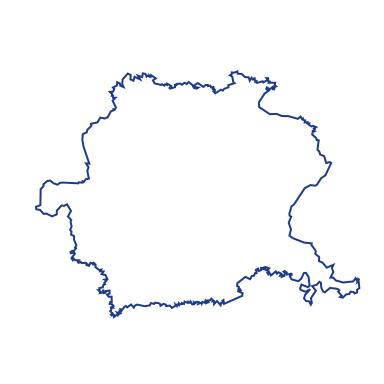 outline of Ban Dung, Udon Thani, Thailand, rotated 84°
{"feature_id": "78962969B17101559907344", "entity_name": "Ban Dung", "entity_type": "district", "adm_level": 2, "iso_a3": "THA", "parent_name": "Thailand", "parent_adm1": "Udon Thani", "projection": "albers", "projection_center": [103.231, 17.709], "detail": "fine", "context": "isolated", "style": "outline", "palette": "blue", "viewbox_px": 384, "rotation_deg": 84, "n_neighbors": 0, "source": "geoboundaries", "source_scale": "gbopen_adm2", "svg_char_len": 5927}
<svg xmlns="http://www.w3.org/2000/svg" viewBox="0 0 384 384"><g transform="rotate(84 192 192)"><path d="M305.1,35.6L298.3,35.6L298.9,36.7L296.3,35.2L295.7,36.3L297.4,37.3L294.8,38.3L297.8,41.1L297.8,51.1L294.9,58.4L292.0,60.3L291.6,63.2L286.3,59.8L282.4,60.8L279.2,59.0L281.3,65.8L275.9,69.6L274.1,72.9L269.9,72.3L266.5,75.8L263.4,75.1L257.2,78.7L255.6,78.3L254.0,85.9L248.4,96.6L245.6,99.7L239.7,97.5L232.6,99.0L226.8,95.9L225.8,97.4L223.6,97.4L216.6,94.5L215.1,91.9L200.0,79.5L197.5,73.5L198.6,68.9L197.7,66.8L191.9,62.3L189.3,57.6L177.7,50.5L176.6,52.0L177.2,55.5L170.2,56.8L168.1,60.6L164.9,61.2L163.2,62.8L153.8,60.6L153.5,62.6L151.7,62.6L147.4,66.5L145.1,65.8L144.4,63.7L143.5,65.0L142.4,63.3L141.5,64.1L140.5,61.8L138.8,64.8L139.3,66.3L137.1,69.0L136.0,68.2L135.7,70.3L134.6,69.9L134.6,72.7L132.6,72.0L131.8,74.1L130.5,74.1L130.9,75.0L128.4,76.2L130.3,79.1L126.6,88.3L125.8,94.9L123.2,99.4L122.7,106.5L114.6,116.3L109.7,116.0L101.7,109.5L99.3,105.2L97.3,107.4L95.8,106.5L97.9,104.0L96.0,100.8L98.2,101.0L98.5,99.5L96.1,98.8L95.7,97.3L94.4,98.6L92.0,97.9L91.4,104.2L90.2,103.3L89.8,104.6L86.8,104.4L86.5,106.0L88.4,105.1L90.5,109.6L89.3,110.1L90.3,115.9L89.1,117.6L88.3,116.3L86.6,118.5L84.8,117.3L86.4,119.7L84.6,120.9L87.4,122.9L83.8,123.7L83.3,127.2L79.8,130.2L79.1,134.2L76.8,134.3L77.8,137.7L77.2,139.9L79.0,140.2L79.9,142.1L81.4,139.9L86.7,139.5L88.2,138.3L89.5,144.6L91.7,144.8L92.7,149.2L94.4,150.7L93.3,152.5L96.3,158.6L94.3,160.0L94.2,158.8L92.7,158.6L91.9,160.7L90.8,160.6L91.1,159.5L89.8,159.7L89.9,162.1L88.2,162.6L88.3,165.0L87.2,165.1L87.0,167.3L88.7,169.6L84.3,174.8L86.1,178.4L87.8,178.2L88.9,174.9L89.7,176.7L88.6,179.3L85.6,180.4L82.3,183.7L84.0,186.0L82.6,188.0L84.2,190.9L83.0,192.3L82.9,196.1L84.0,196.4L83.8,197.7L86.0,198.0L86.9,203.0L86.2,203.5L84.4,201.6L81.7,205.4L82.9,205.6L82.1,207.5L83.3,208.5L81.7,210.5L82.3,211.5L80.1,217.8L76.9,219.2L75.2,216.1L71.6,220.5L72.9,221.0L71.4,222.4L72.7,222.5L71.6,224.5L72.4,225.2L69.7,225.9L68.9,228.5L72.5,229.5L70.6,233.6L74.6,231.9L71.4,237.0L75.2,238.6L73.5,241.4L69.2,240.8L67.5,243.5L72.7,249.2L77.4,250.1L80.5,249.1L78.8,252.2L76.4,252.4L75.0,255.0L78.3,255.7L79.8,259.7L81.5,258.5L84.0,260.1L83.9,263.2L86.2,261.2L87.9,261.7L87.9,260.4L90.0,260.7L90.3,258.3L92.9,261.4L100.0,258.8L102.0,260.2L101.5,261.3L102.4,261.2L103.4,264.3L109.0,268.2L109.8,271.2L108.4,275.4L112.9,278.8L113.6,285.3L115.8,285.2L119.0,289.4L121.7,290.5L123.0,294.5L128.4,295.6L135.7,295.1L153.1,291.2L152.5,294.4L156.6,292.3L159.9,293.9L168.0,293.2L168.2,296.3L170.7,298.6L169.9,299.7L171.2,300.0L170.6,303.7L171.5,304.2L169.1,319.5L169.1,322.4L170.7,325.0L168.8,328.9L165.9,331.7L165.9,334.7L168.8,338.9L170.6,339.0L173.4,342.2L189.3,344.2L190.4,348.8L192.9,348.6L194.0,344.9L198.2,341.9L198.2,339.2L201.6,333.6L200.1,328.8L196.4,328.4L191.8,323.1L192.4,320.8L191.2,317.6L198.1,314.3L203.4,317.9L207.3,315.0L208.9,315.9L213.6,315.3L216.8,317.1L218.9,316.0L221.7,316.7L223.5,313.9L227.2,314.3L232.9,312.6L235.1,314.1L235.8,313.2L238.7,316.1L238.0,317.2L239.1,319.1L240.2,318.9L239.9,315.6L241.1,314.9L245.1,318.8L247.3,317.7L245.9,316.7L247.6,315.4L248.1,311.7L249.6,312.9L250.6,312.2L249.7,310.1L251.1,309.3L251.4,304.7L253.6,304.6L254.3,303.0L253.2,303.2L254.2,301.9L251.8,300.3L252.8,298.4L251.4,297.1L253.2,297.6L252.8,295.6L253.9,296.9L254.2,295.5L256.7,295.9L259.9,292.4L259.7,290.4L261.3,291.5L261.8,288.3L264.3,290.5L265.4,286.8L269.7,285.3L270.0,288.1L271.2,286.4L273.4,288.8L274.6,288.1L275.4,290.1L277.4,290.6L277.9,294.2L280.1,294.1L280.0,295.3L281.7,293.8L282.9,294.3L282.8,292.4L280.9,290.9L283.4,290.5L283.1,288.5L281.6,289.3L281.4,284.4L284.4,284.5L285.3,287.1L287.5,285.8L287.7,282.9L293.0,283.3L292.9,284.8L294.7,285.5L295.3,283.2L297.1,282.0L297.5,283.1L298.9,282.5L298.4,284.7L300.6,284.5L301.9,285.8L304.3,283.7L305.5,285.4L306.5,284.6L305.6,283.3L306.2,282.4L308.1,282.6L306.4,279.9L307.1,278.9L306.1,278.0L304.1,279.1L305.3,276.9L304.1,276.9L304.6,275.6L302.4,276.2L302.7,275.0L301.1,275.3L301.7,273.5L298.9,271.1L298.5,269.6L300.0,268.6L297.5,264.4L300.9,261.9L299.1,260.8L298.2,258.4L300.7,250.8L300.3,245.8L298.2,244.5L299.3,241.4L298.3,240.6L298.9,237.2L300.2,235.3L301.9,235.2L300.3,232.1L301.2,229.9L302.7,229.6L302.7,225.8L305.1,224.1L303.4,220.1L302.3,220.2L303.9,219.0L302.3,218.4L303.3,216.9L301.3,216.5L302.4,215.6L302.4,213.5L301.5,213.5L302.4,211.6L300.2,210.8L301.9,207.6L300.7,207.1L301.8,205.8L300.7,204.9L303.8,203.5L303.8,201.8L301.7,201.7L303.5,199.7L302.1,200.2L301.6,198.9L302.3,196.8L304.0,197.6L303.0,194.3L304.1,194.0L302.5,193.2L303.3,191.3L301.9,190.3L304.1,189.9L303.3,187.2L301.5,188.8L301.6,185.2L300.1,184.0L301.9,182.4L302.9,183.0L302.9,181.5L305.8,181.8L303.0,178.5L307.6,175.4L305.2,174.6L305.4,172.3L303.3,173.1L302.7,172.0L306.6,171.8L300.5,152.9L297.9,152.3L296.0,155.7L294.9,153.8L293.2,154.7L294.2,156.1L291.2,155.4L290.2,156.9L287.5,156.5L282.0,147.8L284.8,143.3L281.7,141.2L281.8,139.2L279.1,137.6L279.4,136.3L276.3,136.1L276.5,137.5L275.1,134.3L277.5,133.9L276.9,131.4L274.8,131.3L275.2,129.8L276.0,130.5L276.0,127.7L275.3,126.7L274.5,127.9L274.3,126.9L275.9,123.2L277.7,125.3L276.9,127.6L279.0,123.9L280.6,124.4L280.5,125.4L282.0,124.7L281.1,123.1L283.3,122.2L279.7,117.0L282.1,116.1L280.8,114.5L282.5,111.8L284.4,113.1L284.2,111.1L285.7,111.6L285.1,108.9L281.8,108.1L280.8,109.2L280.3,108.1L281.4,106.8L282.2,107.5L282.2,106.2L284.0,106.3L283.7,101.6L284.8,101.5L286.0,103.5L289.2,102.2L291.8,95.7L289.9,92.6L284.3,89.2L284.3,87.1L288.9,84.9L297.6,84.9L298.7,86.8L295.5,92.8L299.3,94.6L300.7,94.1L303.0,89.7L301.1,84.6L306.2,90.4L309.5,91.7L312.3,89.9L313.1,86.8L316.5,85.6L314.8,84.4L310.0,84.8L303.2,79.1L298.1,82.3L297.3,77.7L294.6,74.6L295.8,73.3L300.9,73.4L304.6,72.1L305.6,70.3L301.8,64.7L303.6,57.2L305.1,55.7L306.5,57.0L310.7,54.0L311.8,55.7L312.9,53.2L309.9,49.3L309.9,46.2L307.7,44.7L308.4,41.7L309.9,41.0L309.1,38.3L306.4,38.0L305.1,35.6Z" fill="none" stroke="#1e3a8a" stroke-width="2"/></g></svg>